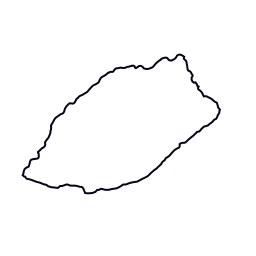 Barbosa, Santander, Colombia, rotated 205°
{"feature_id": "7082276B35753389183496", "entity_name": "Barbosa", "entity_type": "district", "adm_level": 2, "iso_a3": "COL", "parent_name": "Colombia", "parent_adm1": "Santander", "projection": "albers", "projection_center": [-73.619, 5.955], "detail": "fine", "context": "isolated", "style": "outline", "palette": "ink", "viewbox_px": 256, "rotation_deg": 205, "n_neighbors": 0, "source": "geoboundaries", "source_scale": "gbopen_adm2", "svg_char_len": 5143}
<svg xmlns="http://www.w3.org/2000/svg" viewBox="0 0 256 256"><g transform="rotate(205 128 128)"><path d="M193.2,118.4L193.2,117.8L192.9,116.6L192.8,115.5L193.0,114.7L193.2,113.9L193.6,113.2L194.2,112.6L194.8,112.1L195.2,111.4L196.1,109.8L197.3,107.8L198.0,106.3L198.3,104.8L198.4,103.7L198.5,101.8L198.7,99.6L198.8,97.7L198.5,96.9L198.0,96.3L197.5,95.2L197.1,94.1L197.1,93.6L197.0,92.4L196.6,91.7L196.3,90.6L196.1,89.8L196.1,88.4L196.0,86.8L196.0,85.4L196.5,83.9L196.9,81.8L197.1,80.4L197.0,79.5L196.5,78.9L196.0,78.1L195.8,77.0L195.8,76.1L196.2,75.0L196.5,74.4L197.3,73.6L197.7,72.5L198.3,70.9L199.0,69.1L199.5,68.3L199.1,67.6L198.3,67.2L197.4,65.6L196.9,64.7L196.6,63.8L196.7,62.9L197.1,62.1L198.4,61.2L199.8,60.3L201.0,59.6L201.9,58.7L202.6,57.8L202.6,56.4L202.3,55.0L201.9,52.7L201.7,51.2L202.2,50.3L203.0,49.6L203.9,48.1L204.3,47.0L204.3,45.9L204.1,44.4L203.6,42.5L203.3,41.3L203.5,40.8L202.0,40.2L201.4,40.2L200.6,40.4L200.0,40.0L199.4,39.5L198.8,39.3L198.2,39.3L197.0,39.5L196.1,39.8L194.6,40.0L193.3,40.2L191.7,40.3L189.5,40.4L186.8,40.8L185.0,41.2L182.6,41.3L181.3,41.3L180.1,41.5L179.3,41.7L177.8,42.0L177.0,41.7L175.4,41.5L174.2,41.7L172.6,41.9L171.4,42.3L169.6,43.0L167.9,43.4L166.3,44.1L165.7,44.8L165.5,45.6L165.3,46.2L164.9,46.8L163.9,47.3L163.1,47.6L162.3,48.5L161.3,49.4L160.5,50.2L159.8,50.9L158.9,51.2L158.1,51.3L157.0,51.3L155.8,51.5L154.8,51.9L153.2,52.6L152.4,53.1L151.0,53.5L149.4,54.0L148.2,54.1L147.2,54.3L146.4,54.5L145.1,54.9L143.9,54.9L142.6,53.9L141.0,52.4L139.9,51.5L139.5,51.0L138.4,51.2L137.2,51.7L135.9,52.3L134.4,53.1L132.6,54.1L131.6,55.4L130.6,56.3L130.2,57.3L130.0,58.4L129.3,59.2L128.1,59.6L127.5,60.6L126.9,61.4L126.0,61.7L124.5,62.0L123.1,62.2L121.7,62.7L120.6,63.3L119.6,63.7L118.8,64.2L117.6,65.3L115.9,66.5L113.1,68.3L111.6,69.9L110.1,72.0L108.9,74.1L108.4,74.8L107.6,75.1L106.0,76.0L104.9,77.1L104.1,78.0L102.8,79.2L101.0,80.6L99.6,81.6L98.4,82.4L97.3,83.1L96.8,83.5L95.4,85.4L93.4,88.1L92.0,89.8L90.3,91.9L89.5,93.3L88.0,97.4L87.0,99.5L86.7,100.5L85.8,101.9L85.2,103.1L84.8,103.9L84.2,105.7L83.6,106.9L83.2,108.2L82.7,109.0L82.7,109.9L82.4,112.1L81.9,113.0L81.2,114.1L81.2,115.4L80.9,116.7L80.0,118.2L79.0,119.7L78.3,121.9L77.8,123.8L76.9,126.6L75.9,128.7L74.7,130.4L74.0,131.2L73.4,132.1L73.4,132.4L73.6,133.8L74.4,135.2L74.1,135.9L73.4,136.7L72.2,137.7L70.7,138.4L69.7,139.4L69.0,141.3L68.2,143.3L67.7,144.4L67.1,145.5L66.6,146.8L66.0,147.8L65.4,149.1L64.9,150.6L64.4,151.6L64.1,152.6L63.9,153.5L63.3,153.9L62.7,154.5L62.0,154.9L61.7,155.8L61.4,156.4L61.2,157.8L60.8,158.8L60.3,160.0L59.9,161.2L59.0,162.0L58.2,162.6L57.3,163.5L56.4,164.4L56.0,165.7L54.3,168.7L53.5,171.6L52.7,172.8L52.1,173.4L51.9,174.5L51.8,175.5L52.0,176.9L51.9,178.2L51.8,179.0L51.7,180.0L52.0,181.3L52.4,182.4L52.4,183.4L52.9,183.8L54.9,184.6L56.2,186.3L58.2,188.5L60.3,188.5L61.0,188.6L63.5,189.4L65.8,189.8L68.4,189.8L70.1,189.9L71.7,189.4L72.6,188.7L73.4,189.2L74.7,190.4L76.4,191.6L78.6,192.4L80.5,192.7L81.5,193.8L81.5,195.4L82.8,195.4L83.8,196.5L86.1,197.9L87.5,196.9L89.4,197.5L90.8,198.7L91.6,200.5L91.4,202.2L91.8,203.2L93.3,204.0L94.1,204.8L95.5,205.5L97.7,205.5L98.9,206.5L100.3,208.8L101.7,210.7L102.7,212.3L104.2,213.6L105.8,214.0L106.8,214.6L107.2,215.9L107.2,216.3L108.3,216.5L110.1,216.7L111.2,216.6L112.5,216.2L113.3,215.6L113.8,215.0L114.1,214.2L114.2,213.2L114.3,212.0L114.6,211.2L115.2,210.0L115.5,209.5L116.2,208.6L116.9,207.7L117.8,207.2L118.4,207.0L119.2,206.9L120.3,207.1L121.1,207.6L122.1,208.0L123.0,207.9L124.4,207.3L125.3,206.5L126.5,205.3L126.8,204.8L127.4,203.3L127.5,203.2L127.6,203.3L128.1,202.3L128.8,201.0L128.9,200.7L129.4,199.7L129.5,199.5L129.9,198.7L130.9,194.9L131.2,193.8L131.3,193.7L132.4,192.3L133.7,190.9L134.5,190.3L134.9,190.0L135.9,189.4L136.1,189.3L138.6,188.7L139.4,189.0L140.8,189.6L142.0,189.8L143.0,189.6L144.3,188.7L144.8,187.6L145.8,186.0L146.0,185.8L146.1,185.7L146.4,185.5L146.6,185.5L147.0,185.7L147.1,185.8L147.3,185.9L148.0,186.6L148.9,186.8L149.6,186.7L150.9,186.0L150.9,185.9L151.0,185.9L152.0,185.0L153.2,183.9L154.9,182.8L155.6,181.8L155.6,181.7L155.8,181.5L155.9,181.4L156.2,181.3L156.9,180.8L157.2,180.6L158.4,180.1L158.5,180.0L159.0,179.9L159.3,179.9L160.3,179.5L160.8,179.1L161.0,179.0L162.1,178.2L163.5,177.3L163.8,177.0L164.6,176.3L164.7,175.7L164.8,175.2L165.0,173.9L165.5,172.5L166.4,172.0L167.7,171.4L168.2,170.8L168.3,170.7L168.5,170.5L168.5,170.4L168.7,170.2L168.8,170.2L169.0,169.9L169.1,169.7L169.3,169.5L169.5,169.3L169.5,169.2L169.7,168.8L169.8,168.6L169.9,168.4L170.0,168.2L170.1,167.9L170.2,167.7L170.3,167.5L170.3,167.4L171.5,165.4L172.9,163.6L173.1,163.2L173.4,162.6L173.5,162.5L173.6,162.4L173.7,161.8L173.8,161.3L174.0,159.8L173.9,157.8L174.0,156.7L174.7,155.6L175.8,153.9L177.2,152.3L177.9,151.1L178.3,150.0L178.9,148.1L179.5,146.1L179.9,144.4L180.4,143.0L181.0,142.3L181.6,141.4L182.2,140.5L182.8,139.5L183.5,138.6L184.2,137.8L185.2,136.6L185.7,135.6L186.1,134.2L186.7,133.0L186.9,132.6L187.0,131.5L187.0,129.9L187.2,128.3L187.5,127.7L188.1,127.0L188.8,126.5L189.5,126.4L190.4,126.1L191.0,125.9L191.6,125.3L192.0,124.4L192.9,121.9L193.0,121.4L193.2,120.1L193.3,118.8L193.2,118.4Z" fill="none" stroke="#020617" stroke-width="2"/></g></svg>